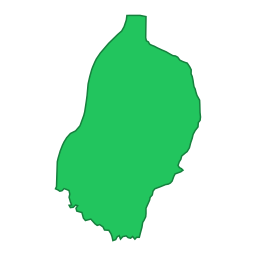 Panorama, São Paulo, Brazil (Equal Earth projection)
{"feature_id": "56859067B41542408145429", "entity_name": "Panorama", "entity_type": "district", "adm_level": 2, "iso_a3": "BRA", "parent_name": "Brazil", "parent_adm1": "São Paulo", "projection": "equal_earth", "projection_center": [-51.854, -21.459], "detail": "fine", "context": "isolated", "style": "filled", "palette": "green", "viewbox_px": 256, "rotation_deg": 0, "n_neighbors": 0, "source": "geoboundaries", "source_scale": "gbopen_adm2", "svg_char_len": 1849}
<svg xmlns="http://www.w3.org/2000/svg" viewBox="0 0 256 256"><path d="M128.1,237.6L130.6,238.2L132.6,236.5L134.9,239.2L136.6,237.3L139.3,237.3L140.4,232.9L141.9,227.4L142.7,222.4L144.0,220.3L145.7,216.8L146.0,213.5L146.0,208.2L147.8,204.2L149.6,200.1L150.1,197.4L152.3,194.9L153.0,191.2L154.8,188.8L160.9,186.5L165.5,184.6L168.3,184.1L170.4,183.0L172.1,181.1L173.8,176.4L175.1,173.9L177.3,173.1L180.8,171.8L183.0,170.2L181.5,168.7L179.4,167.6L178.0,165.4L179.3,161.7L180.8,159.4L181.7,156.0L185.4,152.9L187.1,151.6L189.4,147.8L190.7,142.7L192.2,138.3L193.1,134.4L195.2,130.5L198.0,126.9L198.3,122.6L200.1,120.3L200.5,117.0L200.0,112.5L199.9,108.8L199.8,104.4L199.6,100.2L196.9,95.3L195.8,91.7L195.2,89.1L194.0,86.7L193.5,83.8L193.0,80.3L192.2,76.4L191.1,73.9L191.2,69.8L189.8,67.0L187.2,63.1L185.0,62.4L182.4,61.4L179.8,60.1L177.7,57.2L175.5,56.0L172.8,55.6L169.7,53.9L166.3,51.9L164.3,51.0L161.9,50.0L157.4,47.9L154.2,46.2L151.6,45.2L149.5,44.1L148.4,41.9L146.4,40.8L145.7,37.8L146.0,16.6L140.0,15.4L130.3,15.4L126.9,15.5L126.3,20.1L124.1,26.7L121.7,31.0L117.7,34.5L108.7,43.3L100.3,53.1L96.4,58.9L94.9,61.9L92.7,67.0L91.7,69.7L89.8,76.5L88.1,84.0L87.1,95.3L86.3,101.4L85.3,108.0L84.7,111.9L83.8,115.4L81.8,120.9L80.0,125.8L75.6,130.9L70.4,133.5L66.7,137.7L64.1,141.9L62.5,145.2L60.2,151.1L58.1,158.3L57.3,161.7L56.6,183.5L56.5,186.6L55.5,188.8L57.9,189.9L59.8,191.2L62.0,190.7L64.1,188.6L66.9,189.6L69.0,190.5L69.8,194.1L69.1,197.3L70.4,201.8L71.6,205.0L69.1,205.3L70.4,207.6L73.2,207.3L75.7,205.0L77.7,205.7L76.0,208.3L76.8,211.1L78.9,211.7L81.9,212.5L83.4,218.1L85.4,220.5L90.8,219.1L92.9,221.4L95.0,223.8L97.2,225.4L99.7,224.6L103.0,226.9L104.5,230.0L108.8,230.3L110.9,233.6L112.0,236.5L112.9,240.6L115.7,239.6L117.2,236.8L119.2,235.6L120.5,239.1L122.8,236.6L126.2,235.9L128.1,237.6Z" fill="#22c55e" stroke="#15803d" stroke-width="1.5"/></svg>